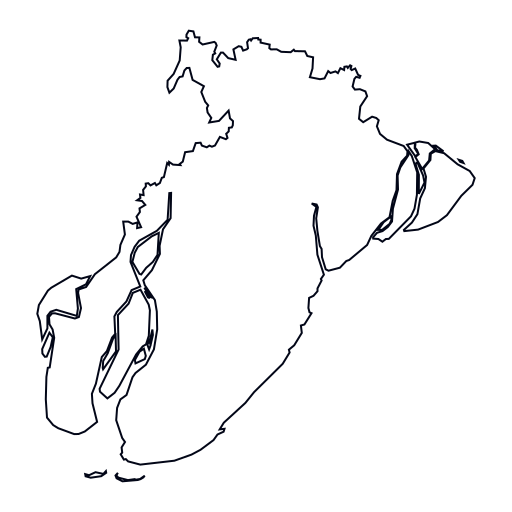 outline of Pyapon, Ayeyarwady, Myanmar
{"feature_id": "60261553B36201163114452", "entity_name": "Pyapon", "entity_type": "district", "adm_level": 2, "iso_a3": "MMR", "parent_name": "Myanmar", "parent_adm1": "Ayeyarwady", "projection": "orthographic", "projection_center": [95.471, 16.16], "detail": "fine", "context": "isolated", "style": "outline", "palette": "ink", "viewbox_px": 512, "rotation_deg": 0, "n_neighbors": 0, "source": "geoboundaries", "source_scale": "gbopen_adm2", "svg_char_len": 5980}
<svg xmlns="http://www.w3.org/2000/svg" viewBox="0 0 512 512"><path d="M120.4,244.9L119.5,251.9L116.2,257.4L94.9,274.2L86.1,287.0L78.6,289.5L78.1,292.9L81.0,308.1L78.9,317.0L74.9,318.5L55.1,313.3L52.0,313.4L49.0,316.9L49.5,324.3L52.6,329.5L54.2,337.8L49.7,367.4L47.8,367.8L46.4,376.9L45.8,399.3L47.0,417.6L53.2,425.1L58.2,428.2L74.2,434.1L78.6,434.0L84.8,431.5L97.1,421.9L92.5,403.3L91.9,393.8L95.9,383.7L101.8,357.0L106.9,351.1L112.1,337.5L115.2,333.9L114.4,316.4L116.8,311.9L126.4,301.5L131.6,290.1L140.3,286.5L130.5,261.9L131.0,255.1L134.6,246.8L139.2,240.7L156.9,230.8L167.6,219.8L169.3,193.1L171.1,192.9L170.6,218.2L163.0,229.3L159.6,245.8L159.9,253.9L151.9,270.2L143.3,280.3L144.8,285.2L154.9,300.1L156.8,311.6L157.2,329.4L153.9,349.4L145.9,364.7L135.5,373.0L132.5,377.2L126.5,395.0L120.4,399.4L117.1,407.9L116.2,420.2L122.2,438.0L125.0,442.0L121.6,447.4L122.2,452.6L120.7,454.3L123.9,459.6L125.8,459.1L128.1,461.4L140.3,464.6L174.4,460.7L191.5,454.6L200.5,449.8L213.5,440.1L217.5,434.5L223.6,431.7L224.5,428.8L219.7,429.4L223.8,422.7L245.4,402.9L254.1,392.1L282.7,363.8L289.6,352.5L288.9,349.7L294.2,345.3L301.8,332.9L300.9,325.5L304.4,324.5L311.5,313.2L309.5,312.3L308.4,308.0L309.1,297.9L313.5,295.8L317.5,291.2L317.5,288.4L321.6,280.5L320.9,279.0L323.9,274.7L317.4,254.7L315.8,235.5L313.5,225.7L314.0,215.7L316.4,206.9L311.7,203.5L316.6,204.5L317.9,207.3L316.2,218.3L317.4,230.9L319.9,246.1L321.6,248.9L322.0,257.2L325.7,269.3L328.5,270.7L339.9,267.7L346.3,261.0L349.2,260.0L367.1,245.0L371.4,235.8L381.0,223.5L389.5,217.2L392.7,200.9L396.5,190.2L397.0,174.1L401.6,161.7L407.1,155.7L407.5,151.3L403.7,146.0L387.0,139.7L380.0,133.9L376.9,126.3L378.7,120.2L376.3,118.0L372.1,116.7L363.2,122.2L359.0,118.8L360.3,106.5L367.1,96.2L365.4,91.4L359.9,89.2L354.9,89.6L352.6,86.5L354.4,78.9L356.2,76.8L359.6,77.8L360.4,75.9L358.1,74.9L355.2,68.5L351.7,70.1L350.6,68.9L351.4,66.0L350.1,65.3L347.8,67.9L346.9,66.4L344.4,66.8L344.1,70.0L340.4,68.2L337.9,73.1L335.5,71.4L330.5,73.0L328.2,71.1L324.5,78.4L320.0,79.2L309.9,77.2L312.5,68.5L313.1,57.3L307.3,56.0L305.0,51.3L294.9,51.1L293.8,49.7L290.7,52.2L281.2,51.8L276.7,49.3L270.9,49.4L269.3,48.1L269.7,44.6L260.6,42.6L260.6,39.7L258.3,39.5L258.1,38.0L252.7,38.3L251.1,40.5L250.4,39.3L248.8,39.7L247.1,42.2L248.0,48.2L246.8,49.3L243.1,50.6L241.4,46.8L238.7,46.2L233.4,49.4L235.6,59.8L228.2,58.1L223.0,52.6L220.9,52.6L216.8,59.3L219.7,63.6L219.2,66.4L217.6,66.8L212.3,60.2L212.9,54.7L215.2,53.4L214.3,51.7L216.7,45.5L215.6,42.9L214.3,41.9L202.6,44.5L199.1,41.8L199.4,37.4L195.0,37.3L193.4,31.4L188.8,30.7L186.5,34.6L186.4,37.1L188.2,38.2L187.0,40.6L179.4,40.5L180.7,47.3L179.7,60.5L173.6,74.0L167.6,80.7L167.4,87.1L169.4,92.7L173.7,88.5L177.5,79.7L179.6,77.0L182.6,76.4L184.4,70.5L186.7,68.0L189.4,67.9L192.6,79.9L203.9,86.2L201.3,92.0L205.2,101.8L208.2,105.4L206.9,108.0L207.6,112.5L211.3,117.9L209.2,122.5L219.0,120.9L228.6,110.6L230.0,118.4L233.0,121.1L232.8,125.3L231.8,127.4L228.9,127.8L228.7,131.4L226.2,133.8L227.5,137.9L225.9,139.2L219.9,136.9L215.0,145.5L211.9,146.7L209.4,145.6L206.8,147.3L201.9,145.6L200.6,142.7L195.7,143.1L192.9,151.1L185.1,152.2L182.8,161.6L179.7,164.0L180.4,165.1L173.0,164.6L169.1,161.9L168.9,164.7L167.2,163.0L163.9,177.1L161.8,177.8L159.9,183.0L156.3,185.3L154.9,183.0L150.5,185.4L148.3,183.2L145.7,183.6L145.9,186.4L143.1,189.9L143.6,195.1L140.0,194.5L140.4,197.9L137.1,200.3L142.0,201.0L145.3,204.9L139.5,208.4L139.9,212.0L136.5,216.7L141.1,227.2L137.1,228.1L137.5,222.4L132.7,223.9L128.3,221.6L123.2,221.6L124.9,234.5L120.4,244.9ZM404.3,231.1L418.1,229.6L438.0,222.0L446.9,215.2L461.3,195.8L472.5,184.8L474.7,178.1L469.7,171.0L457.6,164.3L444.1,153.2L435.4,151.1L430.8,153.7L430.4,160.0L423.5,168.5L426.0,176.8L424.9,188.2L420.2,198.4L417.4,214.2L411.9,222.6L403.9,229.9L404.3,231.1ZM107.4,398.4L114.6,392.8L119.3,385.9L136.1,354.5L142.7,346.4L146.0,344.4L148.8,335.8L149.9,310.3L148.7,304.6L140.5,289.7L132.8,292.9L128.6,303.6L117.9,315.1L118.6,349.5L99.6,388.8L100.0,391.7L107.4,398.4ZM388.8,238.9L411.0,216.3L414.5,208.7L416.9,194.9L417.2,172.4L411.8,156.0L408.7,151.4L408.4,155.2L400.3,167.5L397.6,175.5L398.0,189.5L392.9,208.7L392.0,221.5L387.8,227.0L382.5,231.1L377.0,232.8L373.1,237.3L373.2,238.6L378.4,239.0L382.4,241.7L385.9,239.0L388.8,238.9ZM81.2,278.6L71.9,275.6L51.3,287.7L47.9,290.6L38.9,305.0L37.3,313.8L39.8,321.1L42.2,339.4L47.4,328.4L47.4,315.8L50.6,311.7L56.3,309.8L76.8,315.9L77.9,308.6L76.2,289.1L86.0,284.3L90.2,276.1L81.2,278.6ZM141.2,274.5L146.2,267.8L152.8,262.0L157.5,254.9L158.8,232.9L151.8,236.3L137.8,247.0L134.7,252.8L132.4,261.9L139.5,273.9L141.2,274.5ZM422.2,168.9L429.1,160.5L429.8,153.5L435.1,149.2L428.2,143.0L419.3,141.5L415.1,142.6L415.4,144.6L414.9,148.2L415.7,148.4L416.9,149.9L418.7,154.3L415.3,157.0L422.2,168.9ZM103.1,369.3L116.0,351.4L115.6,335.5L113.1,338.6L107.7,353.3L103.2,361.0L102.7,367.9L103.1,369.3ZM46.7,356.6L50.6,347.1L52.8,337.3L49.4,332.7L42.2,349.1L42.4,353.5L44.9,356.8L46.7,356.6ZM418.8,193.9L424.5,182.6L423.1,175.5L417.8,163.3L416.4,162.8L415.7,164.5L418.9,174.8L418.8,193.9ZM135.5,363.4L144.8,359.1L145.8,355.9L143.9,348.7L139.5,351.7L134.9,360.0L135.5,363.4ZM382.1,229.9L389.6,223.9L391.5,219.7L390.8,216.7L383.6,222.2L378.3,229.9L382.1,229.9ZM415.2,156.1L418.4,154.2L414.7,148.2L414.9,142.7L407.1,144.7L415.2,156.1ZM106.2,472.8L105.9,471.1L103.4,473.9L95.5,472.2L89.1,475.2L85.2,474.1L85.6,476.3L90.7,477.7L101.2,476.2L106.2,472.8ZM118.3,477.6L116.3,475.3L117.9,472.9L115.5,475.5L116.6,478.3L122.5,481.3L137.8,480.0L140.6,479.1L143.4,477.4L144.7,475.7L140.1,479.0L132.8,480.2L133.5,479.3L127.9,480.1L118.3,477.6ZM443.5,151.3L435.8,145.6L433.9,145.7L437.4,150.4L443.5,151.3ZM151.1,342.8L152.9,335.0L152.4,329.5L149.9,340.0L151.1,342.8ZM149.1,349.4L150.6,345.2L149.3,340.5L147.4,344.8L149.1,349.4ZM151.5,297.4L147.2,290.1L144.4,287.8L149.7,296.9L151.5,297.4ZM463.5,163.0L462.3,160.9L458.8,159.8L460.1,161.8L463.5,163.0ZM149.8,298.2L148.6,297.0L144.7,291.1L147.9,297.3L149.8,298.2Z" fill="none" stroke="#020617" stroke-width="2"/></svg>